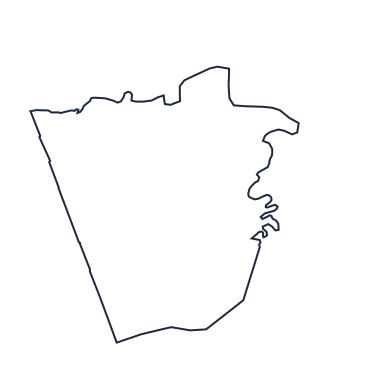 Foni Brefet, West Coast, Gambia (Equal Earth projection), rotated 69°
{"feature_id": "56634734B27150312185582", "entity_name": "Foni Brefet", "entity_type": "district", "adm_level": 2, "iso_a3": "GMB", "parent_name": "Gambia", "parent_adm1": "West Coast", "projection": "equal_earth", "projection_center": [-16.363, 13.217], "detail": "fine", "context": "isolated", "style": "outline", "palette": "slate", "viewbox_px": 384, "rotation_deg": 69, "n_neighbors": 0, "source": "geoboundaries", "source_scale": "gbopen_adm2", "svg_char_len": 2150}
<svg xmlns="http://www.w3.org/2000/svg" viewBox="0 0 384 384"><g transform="rotate(69 192 192)"><path d="M174.1,77.8L174.1,72.4L165.9,67.7L163.5,69.7L157.7,74.6L147.2,80.6L142.3,86.6L138.1,94.7L131.2,111.1L126.1,121.9L118.0,123.5L105.5,119.6L95.5,115.3L90.2,113.2L84.2,123.2L83.0,130.8L83.7,141.2L84.3,150.7L85.0,159.1L88.9,165.5L97.1,168.6L102.9,170.6L102.9,175.4L102.9,180.9L100.2,185.8L96.0,185.0L91.7,183.8L91.4,189.4L92.1,197.0L90.3,204.6L87.6,211.8L84.9,215.8L79.7,213.1L77.0,213.9L75.5,215.9L75.8,219.5L78.9,221.8L81.9,225.8L81.9,229.4L78.6,232.6L73.5,239.4L71.5,243.7L70.7,245.5L68.7,249.9L68.4,252.7L70.5,254.6L72.1,259.8L73.0,262.2L75.4,264.6L77.2,267.8L77.2,269.9L77.2,270.6L74.5,268.6L73.3,270.6L74.2,272.6L72.7,275.0L71.8,281.0L71.3,285.8L71.3,286.2L70.8,286.8L69.8,288.2L67.4,294.6L64.3,297.0L62.0,302.7L59.8,307.8L58.7,313.9L59.2,313.8L85.3,313.6L85.9,314.8L96.8,314.2L109.4,313.4L112.3,313.4L112.9,314.6L139.8,314.8L140.7,315.2L150.2,315.3L169.8,315.4L198.6,315.6L199.3,314.8L200.1,315.2L227.6,315.0L229.5,315.8L232.5,315.8L256.7,315.6L282.1,315.9L305.6,316.3L306.6,290.6L309.6,267.8L310.8,259.7L320.5,243.3L325.3,228.0L314.3,192.1L311.4,182.9L308.3,180.4L297.2,171.7L276.1,155.0L274.7,154.0L267.7,148.4L265.6,148.4L263.4,146.1L261.0,146.1L256.8,152.9L253.3,143.5L254.2,140.7L256.0,140.3L258.4,141.5L259.9,141.5L259.9,139.5L259.3,137.5L256.0,136.7L251.8,138.8L249.6,138.4L249.6,137.2L249.3,132.4L252.9,129.6L257.8,127.9L258.4,124.7L252.6,122.8L249.0,123.6L245.6,126.4L242.9,126.4L241.7,127.7L242.3,133.6L242.4,136.0L239.9,136.8L238.1,131.7L238.7,124.9L239.0,122.1L238.0,118.9L236.2,117.3L233.8,118.9L233.5,122.9L233.5,127.3L232.6,128.5L230.8,127.7L229.6,123.3L228.4,121.0L226.8,120.2L224.7,120.2L222.6,121.4L221.4,123.8L222.0,132.6L221.5,135.8L218.7,139.0L216.6,140.6L213.9,140.2L210.0,137.5L208.1,135.1L205.7,129.5L205.4,126.3L202.3,123.9L199.0,125.2L197.5,123.2L196.9,119.2L195.9,112.4L193.6,110.3L192.9,109.6L189.5,107.7L186.8,104.5L183.8,102.9L180.4,101.7L174.1,102.6L169.8,107.4L168.3,106.2L165.9,103.8L164.7,101.1L164.1,97.5L164.3,92.7L164.6,89.1L167.6,84.3L174.1,77.8Z" fill="none" stroke="#1e293b" stroke-width="2"/></g></svg>